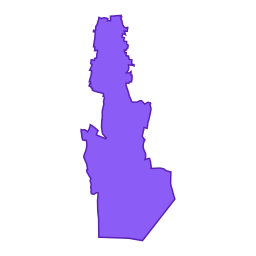 Chichimilá, Yucatán, Mexico
{"feature_id": "50627088B30666786900791", "entity_name": "Chichimilá", "entity_type": "district", "adm_level": 2, "iso_a3": "MEX", "parent_name": "Mexico", "parent_adm1": "Yucatán", "projection": "equal_earth", "projection_center": [-88.19, 20.466], "detail": "fine", "context": "isolated", "style": "filled", "palette": "violet", "viewbox_px": 256, "rotation_deg": 0, "n_neighbors": 0, "source": "geoboundaries", "source_scale": "gbopen_adm2", "svg_char_len": 5685}
<svg xmlns="http://www.w3.org/2000/svg" viewBox="0 0 256 256"><path d="M174.9,199.1L174.0,196.4L171.1,186.0L170.6,183.1L170.7,178.9L170.9,171.9L166.3,170.8L164.1,169.1L162.7,168.6L162.0,168.4L160.5,168.2L160.0,168.1L156.2,168.2L155.2,168.3L154.7,168.3L153.7,168.4L151.0,168.3L151.2,167.1L151.0,165.2L150.7,163.7L150.6,162.2L150.1,160.6L149.6,158.5L148.1,158.5L147.4,158.9L146.6,159.0L146.1,159.2L145.7,159.4L145.4,159.3L145.0,159.5L145.4,158.4L145.4,158.1L145.5,157.7L145.6,156.7L145.6,155.8L145.7,155.5L145.7,154.8L145.6,154.1L145.3,153.1L145.0,152.7L145.0,152.4L144.7,151.8L144.4,150.9L144.3,150.7L143.9,150.0L143.8,149.5L143.3,147.7L143.1,147.7L143.1,146.5L143.6,142.7L144.1,141.4L144.7,140.2L144.8,139.4L144.7,139.2L143.9,139.4L143.4,138.1L143.2,137.8L142.3,136.5L142.3,136.0L142.3,135.4L142.5,134.8L142.6,134.0L142.8,133.7L142.9,133.0L143.0,132.5L143.2,131.4L143.5,130.5L143.6,130.2L143.8,129.7L143.8,128.9L143.9,128.0L144.0,127.5L145.0,127.7L145.6,127.9L145.8,128.0L146.2,128.1L147.1,128.4L147.7,124.6L147.8,123.3L148.1,121.3L148.7,120.3L148.9,119.5L149.8,115.3L150.3,113.1L151.0,109.2L150.8,107.5L150.5,106.6L150.4,106.1L150.1,105.3L149.8,104.5L150.6,103.8L150.5,103.0L150.0,102.8L148.7,102.6L148.2,102.3L147.8,102.4L146.9,102.8L146.6,103.0L144.7,104.1L141.4,100.7L139.8,100.7L137.5,102.1L132.5,102.2L131.2,101.0L131.0,99.7L130.8,99.3L130.3,98.2L129.7,97.0L129.3,95.9L129.2,95.5L129.0,95.1L128.9,94.0L128.9,93.7L128.6,93.2L128.4,92.5L128.1,91.6L128.0,90.9L127.8,90.5L127.8,90.3L127.6,89.9L127.5,89.5L127.1,88.4L126.9,87.6L126.7,87.1L126.5,86.7L126.2,85.9L126.1,85.2L126.0,84.7L126.0,83.3L127.8,83.0L128.0,83.1L128.3,83.1L128.5,83.2L128.7,83.3L129.3,82.6L129.7,82.0L129.9,82.0L130.0,81.7L130.4,81.7L130.6,81.8L131.1,81.9L131.3,81.7L131.6,81.6L131.6,81.4L131.6,81.1L131.7,80.4L131.9,79.9L131.9,79.3L132.0,79.1L131.9,78.7L132.1,77.8L132.1,77.0L132.0,75.1L130.8,75.0L130.9,74.7L130.9,74.4L131.0,73.9L131.1,73.1L131.0,71.5L130.5,72.0L129.3,72.8L128.6,72.9L128.0,73.0L127.9,72.9L127.3,72.8L127.0,72.8L126.9,72.8L126.4,72.8L126.8,72.4L127.5,71.4L127.7,71.0L127.8,70.8L128.3,70.1L128.4,69.9L128.5,69.5L128.6,69.3L128.8,68.0L128.7,66.7L128.7,66.1L128.6,65.8L128.5,64.8L128.9,64.9L129.2,64.9L129.7,64.9L130.5,65.1L131.0,65.1L131.6,65.1L132.3,65.4L132.5,65.4L133.2,65.6L133.5,65.7L133.8,65.7L134.0,65.8L134.0,64.6L133.4,64.6L133.2,64.5L132.2,64.3L131.9,64.2L131.6,64.2L131.6,63.8L131.8,63.2L131.7,61.6L131.9,59.9L130.4,59.7L129.0,59.1L128.9,57.2L128.3,57.0L128.4,56.0L126.1,55.7L126.1,53.7L126.3,52.6L124.6,52.6L124.5,51.3L124.5,50.1L125.4,50.4L125.5,49.8L126.3,49.9L126.7,49.7L126.9,48.6L127.4,48.0L127.8,48.0L128.2,45.1L126.5,44.0L126.6,41.5L125.2,41.4L123.8,41.0L124.3,37.6L121.9,37.0L122.8,33.8L124.6,34.3L125.5,34.7L124.5,31.8L124.1,31.2L125.8,31.3L127.3,31.3L127.5,29.0L127.8,27.5L127.4,27.4L127.3,27.5L126.1,27.7L125.9,27.9L125.7,27.9L125.5,27.7L125.0,27.4L124.3,27.3L122.8,25.0L122.4,23.3L122.1,22.0L121.8,20.4L121.0,19.4L121.3,18.1L121.5,17.5L121.7,17.0L120.5,16.6L121.1,15.4L115.1,15.8L114.7,16.0L114.0,16.0L113.6,16.0L111.7,16.1L111.3,16.2L111.0,16.2L110.4,16.2L110.5,17.2L110.5,18.5L110.7,19.2L110.6,20.2L110.5,20.7L110.3,20.7L109.6,20.6L109.2,20.7L108.1,20.6L107.5,20.7L107.8,18.6L107.4,18.5L106.3,18.1L105.4,18.0L104.8,17.8L103.8,17.9L102.9,18.0L102.3,18.2L101.1,18.3L99.5,17.7L99.0,17.4L98.9,18.0L98.8,18.7L98.7,19.2L98.1,21.2L97.8,22.0L97.8,22.4L97.1,24.4L95.7,26.8L95.7,28.3L95.5,30.6L93.6,30.3L93.5,31.0L93.4,31.7L94.8,31.9L95.1,32.9L95.2,33.4L95.2,34.0L94.9,36.4L94.8,38.7L94.5,40.1L93.5,46.8L94.9,47.0L94.6,50.7L96.3,50.6L97.5,50.2L97.3,52.8L96.8,54.2L96.7,57.4L96.5,57.8L96.2,58.1L95.5,58.1L94.6,58.3L94.4,60.4L91.8,59.7L91.2,59.8L90.7,63.7L92.0,64.4L92.0,64.9L91.8,65.5L90.6,68.5L89.6,70.2L91.7,70.8L91.4,72.8L91.6,73.0L91.1,74.3L91.0,75.6L89.7,79.8L89.3,81.8L90.3,81.5L90.7,83.1L90.8,83.7L90.4,84.1L89.7,83.9L89.1,86.0L91.1,86.5L91.1,87.8L92.6,88.4L92.3,89.1L92.2,89.9L93.1,90.6L93.9,90.9L97.8,92.1L103.2,93.4L103.5,94.2L103.6,95.1L103.0,96.1L104.2,97.0L104.4,97.9L103.5,101.5L103.7,102.7L103.8,104.1L103.1,107.4L102.4,110.2L102.2,111.9L102.2,112.9L102.3,113.8L102.3,114.1L102.3,115.0L102.3,116.2L102.2,116.7L102.2,117.3L102.2,117.6L102.2,118.1L102.2,118.7L102.1,119.3L101.9,119.5L101.8,120.0L101.7,122.9L101.6,124.0L101.5,124.6L101.6,125.1L101.6,125.8L101.5,127.6L101.8,129.3L102.0,130.1L102.1,130.8L102.1,131.4L102.2,131.7L102.3,132.2L102.4,133.1L102.8,134.0L103.0,134.3L103.4,134.6L103.5,134.7L103.9,135.2L104.2,135.5L104.6,136.2L105.1,136.7L105.4,137.1L106.2,137.7L105.7,138.8L96.4,134.9L97.0,132.7L98.1,130.6L94.2,127.3L93.3,126.6L91.8,125.5L90.2,124.7L90.2,125.5L90.0,126.3L89.1,129.2L87.5,131.8L86.9,131.3L86.3,130.7L85.6,130.3L85.4,130.1L84.9,129.8L84.6,129.8L83.6,129.8L83.0,129.9L81.9,129.8L81.2,129.5L81.1,129.9L81.2,130.4L81.1,131.1L81.1,131.4L81.1,131.7L81.3,132.2L81.4,132.8L81.5,133.0L81.5,133.6L81.5,134.1L81.7,135.0L81.8,135.9L81.9,137.2L81.9,137.6L82.1,137.9L82.4,139.0L82.6,139.9L83.1,140.0L84.2,140.3L86.3,140.3L86.5,141.8L86.7,142.7L86.8,144.7L86.7,146.8L86.4,148.4L85.7,151.0L84.4,154.2L84.0,155.5L83.9,155.9L83.8,156.7L83.9,157.5L86.8,164.3L87.6,169.6L86.7,169.9L86.8,170.6L86.8,171.3L86.9,171.8L87.2,172.4L89.7,176.8L90.0,177.2L90.8,178.2L90.1,181.0L90.4,181.5L90.5,182.1L90.8,182.6L91.0,183.5L91.2,184.3L91.0,186.2L90.8,186.8L90.8,188.3L91.0,188.6L91.2,189.2L91.2,189.8L91.1,190.7L91.1,191.4L91.0,192.0L91.1,192.3L91.4,193.6L91.6,193.7L91.8,193.8L92.3,193.9L92.7,194.1L93.1,194.2L93.6,194.2L94.1,194.1L94.8,193.7L95.1,193.5L95.8,193.1L96.3,192.7L97.0,192.7L98.2,193.0L97.6,199.4L97.5,200.5L97.7,209.6L98.1,214.8L98.6,218.3L98.8,235.3L98.8,237.2L128.6,238.2L142.5,240.6L174.9,199.1Z" fill="#8b5cf6" stroke="#5b21b6" stroke-width="1.5"/></svg>